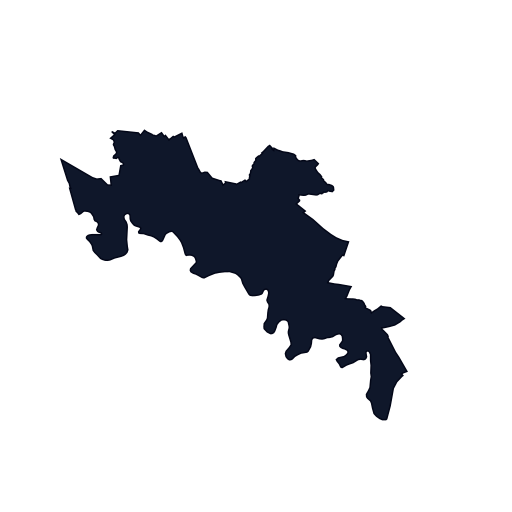 Numarán, Michoacán, Mexico, rotated 134°
{"feature_id": "50627088B90395598020447", "entity_name": "Numarán", "entity_type": "district", "adm_level": 2, "iso_a3": "MEX", "parent_name": "Mexico", "parent_adm1": "Michoacán", "projection": "robinson", "projection_center": [-101.961, 20.258], "detail": "fine", "context": "isolated", "style": "filled", "palette": "ink", "viewbox_px": 512, "rotation_deg": 134, "n_neighbors": 0, "source": "geoboundaries", "source_scale": "gbopen_adm2", "svg_char_len": 6130}
<svg xmlns="http://www.w3.org/2000/svg" viewBox="0 0 512 512"><g transform="rotate(134 256 256)"><path d="M282.4,48.8L270.6,55.4L255.8,65.3L248.7,67.4L241.2,67.5L240.0,67.3L239.7,69.5L237.6,68.9L234.2,67.3L229.7,82.9L228.4,88.8L222.8,105.0L222.1,105.1L221.4,106.7L221.2,113.1L221.5,113.8L220.4,115.7L218.9,114.4L214.1,111.2L209.2,108.3L203.3,106.7L200.6,106.5L198.1,105.9L199.9,123.5L204.7,129.8L205.1,131.2L209.6,131.7L213.1,132.7L216.8,133.4L215.7,135.5L215.8,136.5L217.5,141.7L216.1,142.1L215.7,144.1L215.2,145.0L214.9,145.9L214.6,147.9L214.7,149.0L215.5,150.0L216.0,151.3L217.6,153.0L218.2,154.5L219.7,156.5L223.1,160.1L224.6,162.2L221.8,162.8L215.4,165.4L212.0,166.3L219.1,176.8L221.6,180.0L225.4,185.9L223.1,186.7L217.3,186.7L215.9,187.2L212.7,189.4L210.9,189.9L210.4,190.6L208.2,191.1L205.8,192.5L202.8,193.7L195.3,194.5L194.7,193.1L181.6,199.3L184.8,204.4L187.3,211.0L188.6,217.1L189.8,226.7L190.3,240.5L192.0,252.2L189.5,251.8L190.6,263.2L186.2,263.0L185.6,263.4L185.3,265.7L183.0,266.8L182.1,267.6L179.2,263.9L177.7,262.6L175.6,261.8L174.7,261.2L170.3,255.2L169.2,254.3L166.9,253.7L166.4,253.4L165.5,251.9L164.6,252.0L164.0,251.6L163.2,251.9L162.2,250.7L160.7,249.6L159.1,249.8L158.2,248.1L156.7,245.9L154.6,245.9L152.9,247.9L152.5,248.8L152.7,250.5L154.0,253.3L154.9,254.0L155.2,255.4L154.8,256.8L155.0,259.3L154.2,260.6L154.3,262.0L154.6,262.6L154.3,263.4L153.8,263.5L153.4,263.9L153.0,266.5L153.1,269.0L152.9,270.6L152.2,273.4L151.8,274.5L151.4,274.9L150.3,275.2L147.6,275.1L146.3,275.3L146.3,281.1L148.5,282.3L152.6,285.4L153.5,287.0L154.5,288.3L157.0,290.1L157.9,291.7L158.0,293.2L157.7,295.3L157.2,296.4L156.3,297.2L156.6,299.6L159.3,304.6L162.6,309.2L163.8,312.0L164.8,313.8L166.0,317.9L167.8,316.6L168.0,319.1L167.2,319.0L167.0,322.9L168.7,323.3L175.8,323.2L177.7,323.4L177.7,322.6L182.4,323.0L182.4,323.6L185.1,323.9L186.2,323.8L187.3,322.5L190.0,322.3L191.0,321.4L193.3,321.4L194.0,321.0L194.4,319.9L196.7,319.1L198.1,319.1L199.7,317.8L201.0,317.2L202.3,317.0L202.4,316.1L203.7,315.5L205.3,314.2L209.3,314.8L209.1,316.6L213.5,317.7L213.6,318.4L218.2,319.8L218.1,320.5L223.9,329.6L224.7,328.5L227.9,329.0L226.3,333.4L227.0,334.4L230.5,341.6L229.7,349.1L231.3,351.0L234.3,352.5L234.4,354.6L233.4,357.6L233.3,358.7L219.6,388.5L219.5,389.7L221.5,390.0L220.8,391.9L219.2,394.6L227.2,397.4L227.5,398.6L231.3,399.0L231.8,399.3L233.0,399.2L232.2,404.9L233.8,405.0L233.0,409.6L239.2,411.1L239.7,412.6L240.9,414.3L240.8,415.3L242.6,420.5L243.1,423.5L249.5,422.9L249.2,426.1L262.0,442.5L265.5,442.6L265.7,442.8L266.7,446.2L266.8,441.9L272.3,442.4L271.5,439.5L271.6,438.8L272.5,436.9L274.7,436.1L275.1,435.5L275.5,434.0L277.2,431.2L277.9,428.6L278.9,427.8L280.1,427.6L282.9,427.8L284.5,426.9L284.5,426.4L283.6,425.5L282.9,424.3L281.6,424.1L280.5,423.3L281.3,421.8L282.2,418.9L281.5,416.9L281.6,415.7L282.1,414.8L282.7,414.6L285.0,416.0L293.2,410.5L300.3,415.7L305.6,409.3L308.1,412.1L308.0,421.2L311.3,423.9L313.3,428.1L322.0,463.2L332.4,444.1L333.4,440.8L335.1,438.3L336.0,436.3L336.7,437.1L348.0,417.9L347.9,417.5L348.7,416.6L348.8,413.8L349.1,412.3L347.3,411.6L344.1,411.3L342.7,410.7L340.6,407.9L339.7,405.9L339.5,404.4L340.3,400.6L340.8,399.5L341.9,398.1L342.5,396.4L341.7,394.0L341.8,392.8L342.4,391.4L343.6,390.5L346.0,389.7L347.8,388.8L348.3,387.0L347.9,385.4L347.1,383.7L347.1,382.8L347.5,382.3L348.4,382.3L354.5,388.7L356.5,390.3L357.8,391.0L359.4,391.2L360.2,391.0L360.9,390.3L361.1,388.8L361.1,385.7L361.7,382.6L362.3,380.9L365.0,377.0L365.4,374.4L365.4,370.9L365.7,366.1L365.1,364.2L363.8,361.6L362.3,359.9L360.3,358.4L355.6,356.4L350.1,353.0L347.4,351.7L345.3,351.3L343.0,351.4L340.6,352.5L338.7,355.1L334.2,360.4L324.7,368.7L323.1,370.5L321.8,373.1L321.2,376.2L319.8,378.2L318.9,378.8L317.6,379.2L315.8,378.8L314.4,377.9L313.9,377.2L314.0,375.5L314.3,374.7L316.7,372.2L317.7,370.5L318.3,367.3L318.4,364.9L317.8,363.3L316.0,359.7L315.9,358.6L316.3,357.9L317.9,357.5L320.0,357.3L320.8,356.4L320.4,355.3L317.8,352.3L316.0,348.4L314.2,345.4L313.1,342.5L312.5,339.3L312.1,335.4L311.7,334.4L310.6,334.0L309.3,334.2L303.5,336.3L301.9,336.2L298.7,335.2L296.6,333.8L296.2,332.5L296.5,325.9L297.2,321.6L298.0,318.8L300.3,313.9L303.5,308.6L304.0,307.4L303.8,306.4L303.0,306.0L301.1,304.2L300.0,302.7L299.3,300.6L299.3,299.1L299.9,297.5L301.3,295.1L302.3,294.3L310.5,294.2L311.9,293.3L312.5,291.8L311.9,289.1L310.7,286.7L309.9,284.0L308.8,279.8L307.8,278.2L302.8,276.4L295.9,273.3L296.0,273.1L293.1,271.1L289.1,267.8L285.4,264.1L282.6,258.7L282.2,256.3L282.2,252.5L282.4,250.8L284.8,246.5L286.0,242.8L288.3,234.6L288.3,233.0L286.9,231.0L285.0,229.2L282.1,227.0L279.5,225.7L278.5,225.7L275.3,226.8L273.6,226.4L272.4,225.3L272.2,223.7L273.0,222.0L274.0,220.9L276.5,219.3L280.1,217.5L281.0,215.8L281.6,213.3L282.2,212.4L283.6,211.1L286.1,209.8L288.3,208.2L292.8,204.5L294.6,203.8L298.9,203.1L301.3,201.1L302.6,199.6L302.8,195.2L301.7,191.6L300.7,190.7L298.9,190.1L296.9,190.5L293.2,192.1L290.9,193.4L287.7,193.8L284.6,193.4L283.0,192.3L281.6,190.7L281.0,189.4L280.8,187.6L281.0,187.0L283.4,183.4L284.6,182.1L287.7,180.3L288.9,179.2L290.1,177.4L293.8,170.8L295.4,169.0L298.7,168.4L303.6,168.1L305.8,167.0L307.5,164.4L307.9,161.9L307.5,159.9L306.6,159.1L305.6,158.6L304.6,158.4L301.3,158.4L298.1,157.5L294.6,156.2L289.7,152.6L288.3,152.4L283.4,153.7L280.4,155.5L277.7,157.7L275.7,158.2L273.7,157.0L271.4,152.8L269.8,150.8L268.0,149.5L265.3,148.2L263.5,146.6L260.8,144.9L257.2,144.0L255.1,142.9L253.7,141.7L253.3,140.2L253.7,138.2L255.5,136.0L257.0,134.7L261.8,134.0L262.7,132.9L262.7,131.3L262.1,129.3L261.2,127.8L260.4,125.1L260.6,123.8L261.4,122.7L262.9,122.3L264.9,122.3L267.1,122.7L272.2,126.0L274.7,126.2L275.3,124.5L275.7,121.2L276.7,118.5L276.9,117.4L276.3,116.5L271.6,115.2L268.6,113.8L265.3,112.1L259.8,110.7L257.6,109.2L255.7,106.5L254.5,105.9L253.3,105.9L251.7,106.5L249.4,109.6L248.4,110.3L247.0,110.1L246.2,109.0L246.2,107.8L247.2,105.2L251.7,100.8L254.7,97.2L260.4,92.1L262.7,89.2L265.7,87.2L271.4,82.6L274.5,81.5L278.8,80.4L280.4,78.6L280.8,76.8L280.6,72.9L281.6,70.6L284.5,66.4L287.3,61.6L287.5,58.0L286.9,54.0L285.9,51.4L283.5,48.9L282.4,48.8Z" fill="#0f172a" stroke="#020617" stroke-width="1.5"/></g></svg>